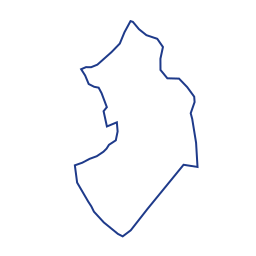 the border of Sembabule, rotated 49°
{"feature_id": "UGA-3077", "entity_name": "Sembabule", "entity_type": "District", "adm_level": 1, "iso_a3": "UGA", "parent_name": "Uganda", "parent_adm1": "", "projection": "robinson", "projection_center": [31.266, -0.042], "detail": "fine", "context": "isolated", "style": "outline", "palette": "blue", "viewbox_px": 256, "rotation_deg": 49, "n_neighbors": 0, "source": "natural_earth", "source_scale": "10m", "svg_char_len": 771}
<svg xmlns="http://www.w3.org/2000/svg" viewBox="0 0 256 256"><g transform="rotate(49 128 128)"><path d="M49.0,56.0L51.1,54.7L60.7,54.9L70.0,53.2L79.9,47.4L89.8,48.5L97.0,58.1L105.5,65.4L116.3,65.7L124.2,57.1L136.0,56.5L147.8,57.5L152.1,60.7L158.0,71.0L163.3,73.6L183.8,86.3L203.0,101.1L192.2,110.2L195.9,131.7L201.8,166.1L207.0,193.0L206.3,203.1L201.3,205.1L183.4,208.2L168.8,208.6L163.1,207.1L157.4,206.3L135.8,202.2L121.3,192.6L124.2,185.3L126.1,177.2L128.8,170.1L129.8,162.1L129.5,157.7L128.2,153.4L129.3,145.3L123.8,138.1L116.4,132.7L113.0,142.9L99.3,135.4L98.4,130.3L84.4,125.1L78.3,123.7L74.7,126.5L69.0,128.8L60.3,125.9L52.9,124.8L54.5,119.8L57.9,116.0L60.1,109.6L59.9,90.6L58.9,78.8L53.4,67.8L49.0,56.0Z" fill="none" stroke="#1e3a8a" stroke-width="2"/></g></svg>